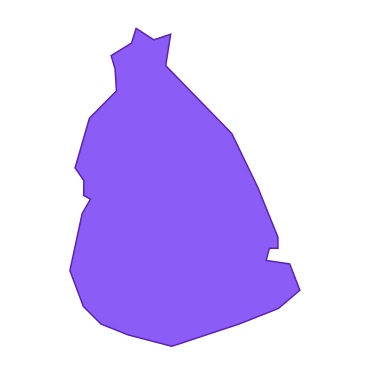 Green, Kentucky, United States of America (Natural Earth projection), rotated 7°
{"feature_id": "52423323B48611820693304", "entity_name": "Green", "entity_type": "district", "adm_level": 2, "iso_a3": "USA", "parent_name": "United States of America", "parent_adm1": "Kentucky", "projection": "natural_earth1", "projection_center": [-85.565, 37.291], "detail": "fine", "context": "isolated", "style": "filled", "palette": "violet", "viewbox_px": 384, "rotation_deg": 7, "n_neighbors": 0, "source": "geoboundaries", "source_scale": "gbopen_adm2", "svg_char_len": 512}
<svg xmlns="http://www.w3.org/2000/svg" viewBox="0 0 384 384"><g transform="rotate(7 192 192)"><path d="M80.4,284.9L98.1,318.8L117.8,334.2L146.5,341.7L190.7,347.6L255.0,317.2L292.0,297.0L311.0,276.3L297.8,251.5L273.9,250.9L275.7,238.4L284.2,237.4L282.8,226.4L256.8,179.5L224.4,129.2L150.5,69.8L151.6,38.0L135.5,45.6L116.6,36.4L113.8,51.6L95.1,66.5L100.6,79.1L104.7,100.9L81.2,131.3L73.0,182.3L83.3,193.9L84.9,208.7L92.1,211.4L85.6,226.9L80.4,284.9Z" fill="#8b5cf6" stroke="#5b21b6" stroke-width="1.5"/></g></svg>